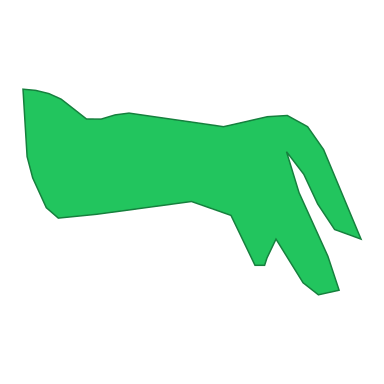 the state/province of Middle Caicos
{"feature_id": "TCA-5003", "entity_name": "Middle Caicos", "entity_type": "state/province", "adm_level": 1, "iso_a3": "TCA", "parent_name": "Turks and Caicos Islands", "parent_adm1": "", "projection": "natural_earth1", "projection_center": [-71.735, 21.8], "detail": "fine", "context": "isolated", "style": "filled", "palette": "green", "viewbox_px": 384, "rotation_deg": 0, "n_neighbors": 0, "source": "natural_earth", "source_scale": "10m", "svg_char_len": 537}
<svg xmlns="http://www.w3.org/2000/svg" viewBox="0 0 384 384"><path d="M96.5,214.3L58.3,218.1L46.3,207.7L32.7,177.9L27.1,156.6L23.0,89.2L35.8,90.4L48.9,93.6L61.2,99.2L86.5,119.0L101.1,119.1L115.1,114.9L129.0,113.1L223.5,126.7L267.4,116.7L287.3,115.5L307.6,126.7L323.6,149.6L361.0,239.1L334.6,229.5L317.7,204.0L303.8,174.3L286.5,151.7L299.0,192.6L327.9,256.3L339.1,290.2L318.4,294.8L303.1,282.8L276.0,239.1L267.0,257.9L264.6,265.3L255.0,265.3L231.0,215.4L191.5,201.5L96.5,214.3Z" fill="#22c55e" stroke="#15803d" stroke-width="1.5"/></svg>